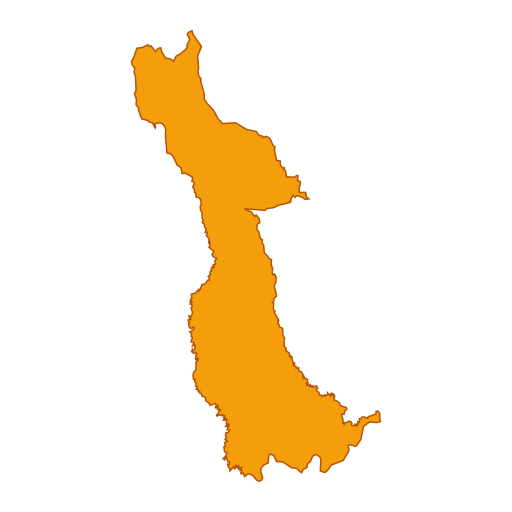 Tauramena, Casanare, Colombia (Equal Earth projection)
{"feature_id": "7082276B3556955758097", "entity_name": "Tauramena", "entity_type": "district", "adm_level": 2, "iso_a3": "COL", "parent_name": "Colombia", "parent_adm1": "Casanare", "projection": "equal_earth", "projection_center": [-72.586, 4.743], "detail": "fine", "context": "isolated", "style": "filled", "palette": "amber", "viewbox_px": 512, "rotation_deg": 0, "n_neighbors": 0, "source": "geoboundaries", "source_scale": "gbopen_adm2", "svg_char_len": 6068}
<svg xmlns="http://www.w3.org/2000/svg" viewBox="0 0 512 512"><path d="M136.1,90.3L134.5,93.5L136.4,99.6L136.1,105.0L138.6,107.6L138.4,110.0L141.7,118.9L147.9,120.5L148.6,121.7L152.4,123.0L155.2,128.0L155.7,127.0L154.4,123.9L159.9,122.7L162.9,124.2L164.8,126.7L165.8,130.2L165.4,135.4L166.9,152.9L170.7,154.0L173.3,156.7L177.1,165.0L181.1,167.8L182.0,173.5L186.0,173.4L192.3,177.1L192.7,178.9L191.8,181.3L193.6,181.8L194.3,183.6L192.7,187.0L194.3,189.2L194.5,192.3L195.5,192.7L196.2,197.2L198.8,197.7L200.4,199.2L201.0,201.6L201.0,205.5L200.2,206.3L200.6,210.5L202.1,212.4L202.1,217.9L203.1,220.1L202.3,222.6L204.4,224.2L204.6,227.3L206.2,228.6L205.2,232.5L207.4,232.2L206.4,235.6L208.9,238.6L208.8,241.1L210.1,241.8L209.9,242.7L208.8,242.4L210.0,245.8L208.9,247.3L213.9,251.3L212.1,254.5L212.9,256.4L216.7,258.5L214.8,260.9L215.4,264.4L213.3,264.7L214.1,267.2L213.1,267.8L212.4,266.8L211.3,268.1L211.7,271.1L210.5,271.1L209.9,273.4L210.8,274.4L208.2,276.3L209.3,277.8L209.1,280.4L208.2,279.9L204.5,284.4L202.0,284.3L200.3,289.5L199.0,289.2L198.9,291.1L197.5,290.3L195.7,293.0L191.3,294.1L191.9,298.4L190.7,298.8L191.4,300.7L190.4,300.9L191.5,302.0L190.4,302.0L190.2,304.1L191.5,303.6L192.1,306.9L191.0,307.8L192.6,312.8L190.8,316.9L188.5,315.4L190.7,319.4L188.4,319.5L188.1,320.8L189.5,322.1L188.6,323.2L189.3,327.5L191.3,328.5L193.5,327.0L193.9,327.7L193.2,330.1L189.7,331.9L191.6,333.9L191.2,336.3L192.4,337.7L191.0,341.7L194.0,343.1L192.6,345.8L194.6,344.9L195.1,346.2L194.5,350.0L193.0,350.6L192.4,349.2L191.6,351.6L194.1,353.5L195.6,352.6L197.1,354.2L195.7,355.7L195.6,359.5L196.9,359.9L197.5,358.0L198.1,358.4L198.2,360.4L195.9,362.1L196.1,369.6L193.6,372.3L193.0,375.2L193.5,379.3L194.9,378.9L194.7,381.8L196.3,383.7L195.6,386.1L197.3,386.9L196.3,389.2L198.2,389.7L198.2,391.7L199.6,391.3L199.8,393.1L201.0,393.5L202.1,396.1L205.5,397.5L205.8,400.8L209.3,403.4L210.0,405.4L215.1,403.5L216.4,405.0L215.4,407.0L216.0,408.0L218.1,405.8L217.6,409.4L220.2,409.3L220.6,410.2L218.7,411.2L218.3,413.4L216.6,414.8L216.8,415.9L220.9,414.7L221.8,415.8L222.9,414.7L224.8,415.7L224.7,417.8L223.2,416.6L224.5,419.2L223.4,420.2L224.9,420.3L225.8,418.5L227.0,419.4L226.2,422.6L226.8,424.6L225.6,426.4L226.8,426.5L228.4,423.5L229.1,424.3L227.1,429.8L229.7,430.3L227.8,432.9L226.0,432.6L225.4,435.8L226.6,437.5L225.0,439.3L227.1,441.4L224.7,442.5L225.4,446.5L223.9,446.8L224.5,451.7L227.1,452.6L225.3,456.5L223.1,458.6L224.5,459.9L226.4,457.0L227.9,461.9L229.7,462.0L229.1,464.4L227.6,464.2L228.3,467.0L230.0,468.7L229.9,470.8L233.6,466.9L234.5,468.9L236.2,466.9L235.1,466.1L235.7,465.2L238.1,468.3L238.5,464.8L239.0,468.9L241.3,467.6L240.0,470.5L242.0,470.4L240.8,473.0L241.2,473.9L243.0,472.9L244.7,476.6L247.4,474.2L249.3,473.9L252.8,475.5L256.6,480.0L259.2,481.3L261.6,480.2L262.7,477.9L260.7,471.3L261.3,468.1L263.6,465.1L268.2,462.9L268.7,456.2L269.7,454.1L273.6,455.2L276.5,461.5L283.1,462.0L291.6,467.8L296.2,468.2L301.5,472.8L303.2,469.4L306.9,467.5L307.5,463.8L310.2,461.8L312.7,456.1L316.2,454.3L319.8,457.0L320.9,459.3L320.3,470.8L324.8,472.6L327.7,470.3L331.2,465.1L343.3,460.4L348.4,451.8L349.0,449.7L348.1,446.3L348.6,445.2L350.6,444.8L355.5,446.3L356.8,445.5L360.8,439.4L363.6,426.3L369.6,421.9L376.7,422.6L380.5,421.6L379.8,419.5L379.8,413.5L378.4,411.4L376.2,411.2L375.8,414.0L368.0,416.9L367.7,418.2L363.7,416.8L361.7,417.4L361.1,418.9L359.4,418.7L359.3,422.3L357.8,421.7L358.2,424.3L357.2,425.1L356.6,424.3L356.0,425.9L355.1,424.4L354.9,425.4L351.6,425.5L351.7,422.4L348.9,420.9L347.9,422.2L344.9,422.6L344.2,424.0L344.1,422.9L342.8,423.2L343.1,420.3L341.6,415.2L342.3,413.9L344.0,414.4L344.9,411.0L346.8,409.1L346.2,407.4L342.2,406.4L339.4,404.6L339.6,403.0L335.8,400.3L334.3,400.5L333.7,397.9L334.7,397.4L333.8,395.9L334.5,395.5L333.2,393.9L332.5,394.7L332.1,393.7L331.0,395.6L330.8,393.8L329.3,395.0L327.6,392.9L327.6,394.3L326.4,395.5L325.3,394.9L325.0,396.0L324.2,395.4L322.5,396.4L322.5,395.6L319.4,394.9L318.9,392.5L316.7,390.8L316.5,389.1L317.5,388.3L316.6,388.1L317.0,387.5L316.9,386.0L313.8,386.3L313.6,387.1L312.3,386.0L312.0,387.1L310.2,384.6L309.6,386.3L309.2,385.2L306.8,385.3L306.3,383.5L307.6,384.1L308.1,382.7L307.3,382.5L307.6,379.7L305.8,378.4L303.7,378.5L304.2,377.4L303.2,377.7L302.9,376.7L303.7,375.8L301.6,372.1L298.8,370.7L298.6,367.7L296.3,368.4L296.1,366.6L293.6,365.9L293.6,363.9L294.5,364.6L294.7,363.1L292.8,362.4L291.9,357.2L291.0,357.8L291.1,356.1L289.4,356.1L289.6,353.3L285.8,350.6L286.2,348.5L284.3,346.4L284.1,339.5L284.7,338.4L282.8,334.7L282.6,328.4L279.1,326.6L279.2,324.7L277.6,323.3L278.4,322.1L278.0,320.0L278.7,320.0L274.4,312.8L275.1,311.4L274.0,310.8L273.3,307.9L273.7,303.6L272.6,302.4L273.5,302.4L274.1,298.3L276.7,296.1L274.2,285.8L275.9,282.3L276.2,277.1L274.3,273.9L273.1,274.8L272.1,272.8L272.7,268.6L271.2,264.8L271.5,259.7L268.5,258.2L267.8,256.2L264.4,252.9L263.6,245.0L262.0,243.0L262.4,239.7L260.4,238.5L258.7,231.6L257.3,230.2L256.7,227.4L257.8,223.5L259.7,222.9L259.2,218.8L256.1,215.0L255.0,216.7L250.8,211.4L248.8,211.2L247.5,209.7L246.4,210.3L245.4,208.8L264.9,210.3L266.9,208.6L273.4,207.7L278.2,205.4L289.8,202.5L289.1,201.9L291.0,201.2L290.8,199.6L292.9,195.2L295.0,197.3L296.9,195.5L302.8,197.5L304.8,199.4L308.9,198.9L306.5,197.1L305.6,192.4L299.3,192.5L299.1,188.2L300.5,182.9L300.1,181.4L297.6,180.7L298.0,175.8L296.7,175.5L294.8,177.1L286.6,176.9L285.4,170.3L284.1,169.5L284.3,167.7L282.8,168.1L280.2,164.7L280.4,161.1L276.5,160.3L274.4,149.6L275.0,146.9L273.3,145.6L269.6,138.1L266.1,136.3L263.1,137.6L262.6,136.2L258.6,135.1L256.4,131.5L246.7,129.5L235.6,122.8L222.2,123.6L220.4,120.8L218.5,119.7L213.6,110.4L207.3,103.7L204.3,99.2L204.2,94.0L200.8,81.5L200.7,78.3L198.9,76.2L197.9,71.2L198.6,68.1L197.6,55.9L201.5,46.6L193.2,34.7L192.0,30.7L188.5,32.3L187.2,34.2L189.7,39.6L186.9,45.0L187.2,47.7L181.0,53.5L176.2,56.1L173.4,61.4L170.6,59.1L165.6,58.1L161.7,51.8L160.7,47.8L158.4,48.3L155.4,51.5L151.1,45.9L149.1,46.4L148.1,44.8L142.2,47.5L136.8,48.3L133.8,57.4L131.5,61.5L132.2,64.8L134.9,68.3L134.1,72.2L135.4,76.4L136.1,90.3Z" fill="#f59e0b" stroke="#b45309" stroke-width="1.5"/></svg>